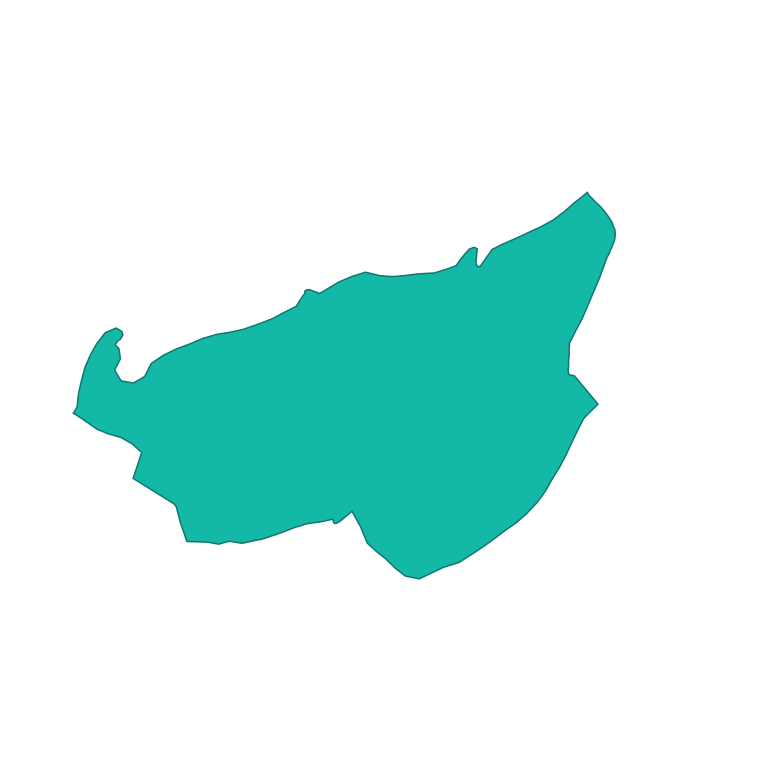 Aflah Ash Sham, Hajjah, Yemen (Robinson projection), rotated 58°
{"feature_id": "15242507B83432581375198", "entity_name": "Aflah Ash Sham", "entity_type": "district", "adm_level": 2, "iso_a3": "YEM", "parent_name": "Yemen", "parent_adm1": "Hajjah", "projection": "robinson", "projection_center": [43.41, 16.053], "detail": "fine", "context": "isolated", "style": "filled", "palette": "teal", "viewbox_px": 768, "rotation_deg": 58, "n_neighbors": 0, "source": "geoboundaries", "source_scale": "gbopen_adm2", "svg_char_len": 2606}
<svg xmlns="http://www.w3.org/2000/svg" viewBox="0 0 768 768"><g transform="rotate(58 384 384)"><path d="M514.5,213.2L477.9,218.2L474.3,222.1L472.5,221.7L470.0,220.6L468.5,219.6L466.9,218.2L463.9,216.2L462.2,215.2L459.6,213.2L457.8,211.8L456.5,211.0L454.6,209.8L452.0,208.1L450.2,206.8L448.7,205.9L447.7,205.2L440.4,193.1L433.9,181.7L408.6,145.5L395.6,128.8L394.7,127.7L393.7,125.7L392.4,123.4L390.8,121.4L389.8,120.0L389.0,118.6L387.9,117.2L386.8,115.8L386.1,114.6L384.7,113.0L383.4,111.5L382.1,110.5L381.1,109.6L379.8,108.8L378.2,107.6L376.4,107.1L375.4,106.3L373.6,106.3L371.7,105.8L369.4,105.5L368.1,105.0L366.6,105.0L365.3,105.0L363.7,105.0L362.4,105.0L360.4,105.1L358.3,105.1L356.5,105.4L355.0,105.5L353.4,105.5L350.9,106.1L349.3,106.1L347.2,106.7L343.1,107.9L340.6,108.5L338.7,108.8L337.0,109.1L333.9,110.0L332.3,110.1L329.2,110.1L329.8,113.6L331.2,126.7L333.4,140.2L334.5,152.8L334.6,153.9L333.8,167.3L331.9,182.6L331.1,189.3L330.2,196.1L328.1,210.6L327.2,221.1L334.1,237.5L335.2,240.0L334.3,242.1L331.9,242.6L329.3,241.3L325.5,238.4L318.6,233.3L315.7,235.4L314.8,240.2L317.8,250.3L320.3,256.4L321.8,260.0L320.1,268.7L316.4,282.7L308.8,296.5L304.8,305.2L303.2,308.5L300.9,313.2L297.2,320.3L289.7,330.3L279.4,340.4L275.8,354.1L273.6,368.1L273.3,382.9L273.2,390.5L264.4,397.3L263.2,399.5L263.4,402.2L265.2,402.8L266.1,405.7L271.6,417.3L270.5,429.6L270.1,434.3L269.4,444.4L267.4,454.8L266.0,461.5L263.0,474.7L258.6,486.9L253.1,500.1L249.4,513.3L247.7,523.6L247.0,528.1L245.4,535.8L244.3,540.9L242.7,555.4L243.3,570.6L250.8,582.9L250.4,596.0L242.0,605.3L229.4,605.1L223.0,594.2L213.6,590.1L208.3,591.2L206.5,587.2L206.2,583.4L204.0,579.4L200.5,578.5L194.6,581.5L192.8,593.2L197.4,605.9L203.5,617.2L211.4,628.7L220.5,638.5L222.0,640.0L230.5,648.4L240.9,656.5L244.2,663.0L245.9,662.0L257.4,656.8L270.0,651.5L280.2,644.2L290.1,635.3L301.7,629.1L310.6,626.7L313.7,625.8L331.1,646.8L335.5,644.6L374.6,625.5L378.0,625.2L392.9,629.9L413.1,634.6L424.7,617.3L432.2,609.1L435.2,598.8L443.9,588.7L448.6,575.6L450.8,570.1L452.4,564.0L452.6,563.0L455.8,549.2L458.2,536.5L461.7,523.3L465.3,515.3L467.2,511.0L471.3,499.6L472.8,499.3L475.0,500.1L476.2,499.7L476.9,498.5L477.1,493.9L475.0,478.6L492.4,479.5L509.9,482.5L519.5,479.9L521.7,479.3L533.5,475.1L546.2,472.1L558.3,467.6L567.9,457.3L571.0,430.5L575.2,414.5L575.0,408.9L574.9,399.5L574.5,385.2L573.6,371.9L572.4,358.5L571.7,345.1L569.5,331.8L568.0,326.1L565.7,317.1L560.6,304.3L554.3,292.8L552.9,290.0L547.9,279.8L541.3,268.2L534.2,257.4L531.8,253.7L527.1,246.2L520.2,234.9L518.7,231.7L514.5,213.2Z" fill="#14b8a6" stroke="#0f766e" stroke-width="1.5"/></g></svg>